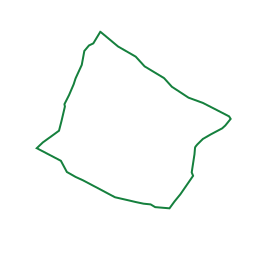 Manlai, Ömnögovi, Mongolia, rotated 221°
{"feature_id": "93677404B4911354311054", "entity_name": "Manlai", "entity_type": "district", "adm_level": 2, "iso_a3": "MNG", "parent_name": "Mongolia", "parent_adm1": "Ömnögovi", "projection": "equal_earth", "projection_center": [107.044, 43.953], "detail": "fine", "context": "isolated", "style": "outline", "palette": "green", "viewbox_px": 256, "rotation_deg": 221, "n_neighbors": 0, "source": "geoboundaries", "source_scale": "gbopen_adm2", "svg_char_len": 759}
<svg xmlns="http://www.w3.org/2000/svg" viewBox="0 0 256 256"><g transform="rotate(221 128 128)"><path d="M59.3,203.1L87.8,196.1L102.2,190.6L121.9,187.9L133.5,189.3L155.9,185.4L169.0,186.9L188.9,183.0L211.6,182.5L212.0,182.4L209.7,169.1L211.6,164.7L211.5,157.5L204.3,145.3L200.1,131.0L197.7,125.4L194.1,114.2L191.6,104.3L189.7,102.8L182.7,89.5L178.3,80.7L179.6,75.0L182.8,61.3L183.6,52.9L157.1,59.2L145.3,54.7L135.4,56.7L127.6,59.0L92.4,67.2L79.3,74.2L73.4,77.3L66.6,81.1L60.8,85.2L55.6,86.1L44.0,94.6L44.7,103.0L45.0,112.4L47.5,134.6L50.8,136.3L60.6,151.8L64.4,157.0L64.8,158.1L64.9,160.9L64.3,168.9L61.4,177.3L60.1,180.7L56.7,189.5L56.2,193.7L56.5,202.2L57.3,202.5L57.5,202.5L58.7,202.9L59.3,203.1Z" fill="none" stroke="#15803d" stroke-width="2"/></g></svg>